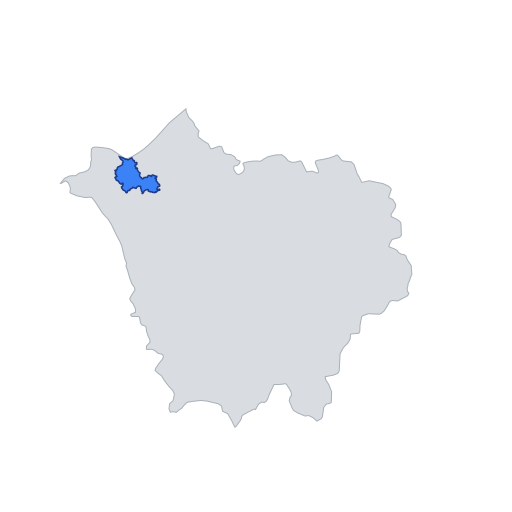 Pruzhany, Brest, Belarus shown in context, rotated 61°
{"feature_id": "67162791B13478011403583", "entity_name": "Pruzhany", "entity_type": "district", "adm_level": 2, "iso_a3": "BLR", "parent_name": "Belarus", "parent_adm1": "Brest", "projection": "mercator", "projection_center": [24.486, 52.68], "detail": "fine", "context": "in_parent", "style": "filled", "palette": "blue", "viewbox_px": 512, "rotation_deg": 61, "n_neighbors": 0, "source": "geoboundaries", "source_scale": "gbopen_adm2", "svg_char_len": 9338}
<svg xmlns="http://www.w3.org/2000/svg" viewBox="0 0 512 512"><g transform="rotate(61 256 256)"><path d="M395.5,357.5L388.5,357.1L380.2,357.2L375.6,360.5L370.5,358.9L366.9,360.7L358.7,369.7L355.5,374.5L352.4,381.9L350.6,387.3L351.6,391.1L353.1,394.7L353.4,398.5L354.2,401.4L352.2,403.6L351.0,406.7L347.5,406.2L343.3,403.2L342.4,398.8L339.1,395.8L337.0,394.3L333.4,394.0L327.8,395.4L320.4,396.5L314.8,396.8L311.7,398.3L307.2,399.8L305.5,398.1L303.0,393.1L301.0,388.2L299.5,386.1L298.3,385.5L296.8,385.6L295.1,387.2L293.8,388.8L289.1,390.6L287.0,392.4L284.8,396.9L283.3,396.5L281.7,395.5L280.0,390.5L277.5,389.3L273.6,389.2L268.7,388.2L264.8,386.6L263.4,387.0L261.0,389.2L258.5,389.5L252.9,387.5L251.8,388.4L248.6,394.0L247.1,394.3L246.3,393.6L246.8,388.7L243.5,387.0L238.1,386.7L234.3,387.4L232.4,387.2L231.4,386.3L226.8,378.1L224.3,377.6L219.9,378.0L213.3,377.0L205.8,375.2L201.6,374.5L199.5,372.7L194.8,372.1L182.4,368.6L177.3,368.0L169.8,367.9L158.3,367.2L151.0,367.6L147.6,368.7L143.7,369.5L130.2,370.4L125.3,371.3L123.9,373.0L122.3,376.8L116.7,383.3L111.3,387.6L110.3,388.0L107.1,385.7L104.5,384.9L101.4,384.7L99.2,385.4L97.8,386.5L98.0,391.5L97.7,391.9L95.3,386.0L95.5,380.6L96.8,377.5L98.4,374.8L97.7,370.6L99.3,365.1L99.4,361.1L98.7,359.4L97.4,357.4L93.9,355.1L92.3,353.4L87.5,351.1L82.8,348.2L82.0,346.4L82.2,345.2L83.0,343.4L86.6,338.0L90.6,332.7L93.1,330.6L106.4,323.8L108.5,321.4L109.0,317.4L108.8,309.3L108.0,301.8L106.9,296.7L104.4,287.0L97.4,266.9L93.3,245.9L96.0,247.1L102.4,247.6L107.4,246.1L110.0,245.9L112.4,246.4L119.1,245.2L120.7,247.1L123.7,248.8L129.5,246.4L134.7,243.4L140.1,243.7L140.9,242.3L142.2,234.7L143.8,233.1L150.3,233.9L152.6,232.5L155.1,228.8L158.9,226.5L162.1,226.5L165.4,223.9L167.0,225.6L167.8,228.7L166.7,231.2L167.2,232.2L169.5,233.4L173.4,233.4L175.9,232.4L176.5,231.0L176.5,228.4L175.9,226.0L174.2,223.9L171.1,222.8L168.9,222.8L168.6,221.5L169.3,218.6L171.2,213.4L173.6,208.7L175.0,206.9L175.3,205.2L175.0,202.3L175.0,197.2L177.1,189.9L179.9,184.4L183.8,182.6L188.5,181.7L191.5,179.1L193.0,176.1L194.2,171.3L195.7,170.4L207.0,171.0L208.8,166.2L209.7,164.9L211.9,163.5L213.4,161.8L212.8,160.5L210.0,159.7L203.2,159.0L201.8,157.4L202.2,155.5L204.0,150.6L205.8,144.3L206.7,139.3L206.8,136.4L207.7,135.7L213.3,134.7L215.1,133.7L219.9,127.0L223.5,125.9L232.9,127.6L237.2,127.5L242.6,127.9L243.1,127.3L245.0,120.6L254.3,109.8L259.3,106.1L262.4,105.3L263.5,105.5L268.5,111.2L269.6,111.4L273.0,109.0L278.7,108.8L281.3,110.8L285.1,117.7L287.1,118.6L292.7,114.7L295.8,113.4L297.8,113.4L308.3,118.8L309.1,120.6L309.1,122.6L307.5,128.9L309.7,132.7L312.2,135.3L317.6,131.0L319.6,129.8L321.8,129.8L324.7,128.2L326.8,125.7L328.8,124.9L332.7,125.5L339.6,124.9L347.8,128.7L348.5,129.9L352.5,134.3L353.9,136.5L355.3,137.2L357.4,139.4L360.3,140.7L362.3,140.3L363.3,141.0L364.2,142.7L364.3,145.6L364.0,153.9L361.1,158.2L360.7,159.7L360.8,161.5L363.1,165.0L366.1,170.5L366.8,173.7L366.8,176.1L362.7,183.0L361.4,184.7L360.5,188.1L360.0,191.6L360.3,193.0L367.0,198.6L372.0,201.6L373.2,203.0L373.3,203.9L370.6,209.8L370.3,211.4L374.3,213.9L376.6,217.7L378.5,224.0L382.3,229.9L396.5,238.7L397.8,240.2L398.2,242.1L397.7,246.2L395.1,253.9L397.6,255.0L403.8,254.7L411.4,255.7L420.5,261.1L420.6,263.6L419.6,265.8L420.3,268.1L421.3,270.1L429.1,276.2L429.9,278.0L430.0,280.9L429.8,283.0L427.6,283.5L425.2,284.5L421.2,287.1L419.7,290.7L413.3,295.7L409.3,298.0L406.1,298.1L398.6,297.1L396.0,294.6L394.9,292.3L392.0,291.3L388.2,291.2L382.9,291.6L381.8,292.3L380.9,295.1L378.7,299.8L377.1,302.5L383.8,311.9L387.1,315.7L388.2,318.1L388.2,319.8L386.6,321.7L386.8,325.7L390.1,330.9L389.0,331.7L388.7,338.1L388.7,344.9L389.6,346.5L391.3,347.9L392.8,350.4L395.3,356.0L395.5,357.5Z" fill="#d9dde1" stroke="#a8b0b8" stroke-width="1"/><path d="M146.0,306.2L145.7,306.5L145.2,306.6L144.7,306.4L143.9,306.4L143.5,306.5L142.9,306.7L142.6,306.9L141.7,306.8L141.5,306.5L141.2,306.2L140.8,306.1L140.3,305.8L140.0,305.9L139.9,306.4L139.3,306.5L138.8,306.3L138.8,306.0L138.8,305.6L138.9,305.1L138.9,304.8L138.7,304.4L138.3,304.2L138.1,304.2L138.0,304.5L137.9,304.7L137.5,305.1L137.2,305.2L136.8,305.6L136.5,305.9L136.1,306.2L135.6,306.5L135.3,306.7L134.9,307.4L134.9,307.7L135.1,308.2L135.4,308.4L135.8,308.7L135.8,308.9L135.5,309.1L135.1,309.1L134.6,309.5L134.1,310.0L133.7,310.6L133.4,311.1L133.4,311.3L133.6,311.7L134.1,312.2L134.3,312.5L134.4,313.1L134.3,313.5L133.8,313.9L133.7,314.2L133.6,314.8L133.4,315.5L133.1,315.8L133.4,316.3L133.5,316.8L133.6,317.3L133.5,318.0L133.2,318.2L132.8,318.2L132.1,318.1L131.7,318.3L131.4,318.7L130.9,318.9L130.2,318.9L129.3,318.9L128.7,318.5L128.3,318.2L127.7,317.5L127.3,317.2L126.8,317.2L126.3,317.6L125.6,317.9L124.2,318.0L123.2,318.0L122.5,317.7L122.1,317.3L121.6,317.3L121.5,317.7L121.4,318.3L121.4,318.5L121.2,318.7L120.9,318.7L120.8,318.4L120.6,318.0L119.8,318.0L119.4,318.3L119.1,318.4L118.7,318.2L118.4,318.0L117.9,317.6L117.8,317.2L118.0,317.0L118.2,316.4L118.1,315.9L117.2,315.3L116.9,315.0L116.3,315.1L116.2,315.5L116.2,315.8L116.0,316.3L115.7,316.5L115.4,316.6L114.6,316.6L114.0,316.3L113.4,316.3L113.1,316.6L113.1,316.9L112.9,317.1L112.6,317.1L111.8,317.0L111.2,317.1L110.2,317.1L109.9,317.0L109.9,317.5L109.9,320.9L109.8,321.2L109.5,321.6L108.7,322.1L108.3,322.8L108.2,323.3L107.3,323.6L106.9,324.0L106.2,324.4L104.3,326.1L103.0,327.3L103.4,327.3L103.8,327.4L104.3,327.4L104.7,327.4L105.3,327.4L105.7,327.4L106.0,327.3L106.3,327.1L106.8,327.0L107.1,326.8L107.4,326.6L107.7,326.5L108.0,326.4L108.3,326.4L108.7,326.4L108.9,326.5L109.2,326.6L109.5,326.8L109.6,327.0L109.7,327.3L109.8,327.5L110.2,327.9L110.6,328.1L111.1,328.3L111.3,328.4L111.4,328.6L111.4,328.8L111.4,329.1L111.4,329.9L111.4,331.3L111.4,332.4L111.3,332.8L111.2,333.3L111.2,333.5L111.3,333.8L111.6,334.0L111.7,334.3L111.7,334.6L111.8,334.8L112.0,334.9L112.2,335.0L112.4,335.1L112.6,335.2L112.8,335.3L112.9,335.5L112.9,336.0L113.0,336.2L113.1,336.4L113.3,336.6L113.4,336.8L113.4,337.0L113.2,337.2L113.0,337.3L112.8,337.4L112.7,337.5L112.9,338.0L113.1,338.0L113.3,338.0L113.5,337.9L113.6,337.7L113.8,337.6L114.0,337.6L114.3,337.7L114.6,337.9L114.8,338.1L114.9,338.3L115.0,338.7L115.2,338.8L115.4,338.8L115.6,338.8L115.8,339.1L116.0,339.2L116.2,339.3L116.6,339.2L116.8,339.1L117.2,338.9L117.3,339.0L117.5,339.0L117.8,339.2L118.1,339.2L118.4,339.0L118.6,339.0L118.9,339.0L118.9,339.3L118.7,339.6L118.7,339.8L118.8,339.9L119.0,340.1L119.0,340.4L118.9,340.7L118.9,340.9L118.9,341.0L119.0,341.2L119.1,341.4L119.3,341.4L119.5,341.4L119.8,341.3L119.9,341.2L120.2,341.2L120.5,341.2L120.9,341.3L121.3,341.4L121.7,341.4L122.0,341.4L122.2,341.2L122.3,341.0L122.3,340.9L122.8,340.8L123.0,340.8L123.1,340.6L123.3,340.3L123.5,340.2L123.8,340.1L124.0,340.1L124.3,340.1L124.5,340.1L124.9,340.0L125.0,339.9L125.4,339.8L125.6,339.9L125.7,340.0L126.0,340.0L126.4,339.9L126.6,339.8L126.7,339.7L126.9,339.6L127.3,339.4L127.5,339.3L127.7,339.2L127.9,338.9L127.8,338.7L127.7,338.4L127.5,338.0L127.5,337.7L127.6,337.4L127.9,337.1L128.1,337.2L128.6,337.5L128.9,337.6L129.1,337.7L129.3,337.7L129.4,337.8L129.5,338.0L129.5,338.3L129.7,338.5L130.0,338.7L130.3,338.9L130.5,339.2L130.5,339.4L130.4,339.5L130.3,339.8L130.3,340.0L130.5,340.0L130.8,340.2L131.0,340.4L131.2,340.5L131.6,340.5L132.0,340.3L132.4,340.3L132.6,340.3L132.9,340.4L133.4,340.3L133.6,340.2L134.1,340.1L134.4,339.9L134.5,339.8L134.7,339.5L135.0,339.3L135.4,339.1L135.7,339.0L136.1,339.0L136.4,338.9L136.8,338.9L137.3,338.9L137.5,338.9L137.8,338.8L137.9,338.6L138.0,338.3L138.0,338.2L138.0,337.9L137.8,337.7L137.7,337.5L137.4,337.3L137.3,337.1L137.1,336.8L136.9,336.4L136.8,336.1L136.8,335.8L136.9,335.6L137.0,335.5L137.3,335.0L137.4,334.9L137.4,334.6L137.1,334.2L136.9,334.0L136.7,333.8L136.5,333.6L136.5,333.4L136.5,333.2L136.6,332.9L136.6,332.6L136.6,332.0L136.6,331.5L136.6,331.3L136.4,331.0L136.4,330.8L136.2,330.5L136.2,330.3L136.3,330.2L136.6,330.1L136.8,330.1L137.1,329.8L137.1,329.6L137.3,329.3L137.5,329.1L137.8,329.0L138.0,328.9L138.3,328.7L138.5,328.4L138.7,328.1L138.7,327.9L138.4,327.6L138.2,327.4L138.0,327.1L138.0,326.2L137.9,325.6L137.8,325.2L137.8,324.9L138.0,324.7L138.3,324.5L138.5,324.3L138.6,324.1L138.6,323.9L138.8,323.6L139.1,323.3L139.5,323.2L140.0,323.4L140.2,323.7L140.4,323.9L140.7,324.0L141.1,324.1L141.6,324.0L142.0,324.1L142.4,324.2L142.7,324.3L143.0,324.5L143.4,324.5L143.8,324.6L144.2,324.5L144.5,324.5L144.9,324.5L145.2,324.5L145.4,324.7L145.5,324.9L145.7,325.1L145.9,325.2L146.2,325.2L146.3,325.0L146.4,324.8L146.4,324.6L146.2,324.4L146.0,324.2L145.9,323.9L145.7,323.4L145.6,323.1L145.3,322.8L145.0,322.5L144.9,322.2L144.9,321.9L144.9,320.8L144.9,319.6L145.1,319.2L145.3,318.6L145.5,318.3L145.7,318.2L145.9,318.1L146.3,318.3L146.5,318.5L146.9,318.7L147.2,318.5L147.5,318.3L147.8,317.9L148.1,317.7L148.5,317.6L148.7,317.4L148.7,317.2L148.7,316.9L148.8,316.7L149.0,316.6L149.4,316.2L149.4,315.9L149.6,315.8L149.9,315.7L150.2,315.6L150.5,315.1L150.9,314.7L151.5,313.7L151.6,313.4L151.7,312.8L151.2,312.8L151.2,312.5L151.3,312.2L151.6,312.1L151.7,311.9L151.5,311.4L151.4,311.2L151.2,310.6L151.2,310.2L151.3,309.9L151.5,309.4L151.6,309.0L151.7,308.4L151.4,308.0L151.1,308.0L150.6,308.2L150.6,309.1L150.5,309.8L150.2,310.0L149.8,310.2L149.3,310.1L148.9,309.9L148.8,309.5L148.7,309.2L148.0,308.6L148.0,308.2L148.1,307.6L148.1,307.1L148.2,306.5L147.7,306.0L147.3,305.9L146.7,305.8L146.3,305.8L146.0,306.2Z" fill="#3b82f6" stroke="#1e3a8a" stroke-width="1.5"/></g></svg>